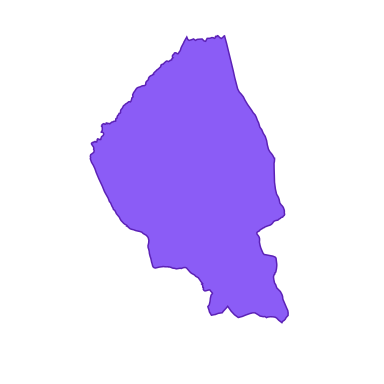 outline of Urambo, Tabora, United Republic of Tanzania, rotated 164°
{"feature_id": "72390352B58709749757029", "entity_name": "Urambo", "entity_type": "district", "adm_level": 2, "iso_a3": "TZA", "parent_name": "United Republic of Tanzania", "parent_adm1": "Tabora", "projection": "orthographic", "projection_center": [32.184, -5.233], "detail": "fine", "context": "isolated", "style": "filled", "palette": "violet", "viewbox_px": 384, "rotation_deg": 164, "n_neighbors": 0, "source": "geoboundaries", "source_scale": "gbopen_adm2", "svg_char_len": 5947}
<svg xmlns="http://www.w3.org/2000/svg" viewBox="0 0 384 384"><g transform="rotate(164 192 192)"><path d="M154.3,342.4L155.0,341.7L155.7,341.1L158.5,338.3L158.7,337.9L161.8,334.7L162.9,333.4L164.2,331.3L164.8,330.8L165.5,330.3L166.3,329.5L167.4,328.7L168.2,329.1L168.6,329.8L169.5,330.4L170.5,330.5L171.4,329.6L172.6,329.0L173.3,328.3L173.6,327.1L173.7,326.0L174.2,325.8L174.4,325.8L174.2,325.8L175.1,325.2L175.1,324.7L176.1,324.5L176.8,324.5L177.5,324.1L178.7,323.9L179.4,324.5L180.5,324.9L182.5,324.0L183.6,323.4L184.3,322.9L185.4,323.0L186.2,322.8L186.5,322.8L187.1,322.0L187.0,321.9L187.5,321.3L187.6,321.2L187.7,320.9L188.5,320.6L189.4,320.1L190.7,319.5L191.5,319.2L192.2,319.0L192.9,318.5L195.1,317.4L196.3,316.6L196.5,315.6L197.3,315.7L198.1,315.3L198.9,315.2L199.7,315.1L200.8,314.7L201.7,314.1L202.5,313.3L202.6,312.5L203.4,311.8L204.4,311.3L205.3,310.8L205.9,310.3L206.5,309.3L206.9,308.0L207.8,307.5L208.6,307.4L209.9,307.7L211.5,307.7L212.3,307.4L213.4,307.4L214.8,307.4L216.0,307.2L216.9,306.7L218.0,305.9L218.7,305.1L219.4,304.7L221.1,303.2L221.5,302.6L222.2,301.9L222.3,301.6L222.4,300.9L222.5,299.7L223.2,299.3L223.9,299.0L224.3,298.1L225.5,296.3L226.4,295.6L226.8,295.9L227.2,296.1L227.9,296.2L228.9,295.8L229.1,295.7L230.3,295.2L231.7,294.9L232.7,294.2L233.6,294.0L234.3,293.6L234.8,293.0L235.6,292.1L236.6,291.3L237.5,290.8L238.2,289.9L238.6,288.9L238.7,288.2L239.3,287.6L240.3,287.7L240.9,287.1L241.4,286.4L242.4,286.0L243.2,285.0L243.6,283.8L244.4,283.7L245.2,283.2L245.4,282.4L245.9,281.2L247.8,281.5L248.6,281.2L249.9,281.3L252.2,280.2L253.0,280.9L254.3,280.9L254.6,281.7L255.4,282.0L256.1,281.0L257.1,281.1L257.8,282.0L258.9,281.9L260.1,281.3L260.3,280.3L260.8,280.2L260.4,278.9L261.3,275.9L262.4,275.1L262.7,274.4L261.7,274.2L261.1,273.6L260.9,273.0L260.9,272.1L261.2,271.5L262.0,270.7L262.7,270.5L263.8,270.0L263.9,269.7L264.8,268.6L265.2,267.6L265.5,267.6L266.3,267.9L267.9,269.1L268.6,268.7L268.5,268.3L268.5,267.9L268.8,267.6L269.6,267.1L269.8,266.4L270.6,266.5L270.9,267.0L271.2,267.0L271.4,267.3L271.9,267.1L272.5,267.2L273.1,266.7L273.9,267.1L275.1,266.6L275.4,266.0L274.8,263.8L274.3,262.7L274.3,261.1L274.8,260.3L274.6,258.7L275.5,257.2L277.2,256.5L279.1,255.8L279.9,254.4L280.0,252.9L280.6,252.0L280.4,248.3L279.5,244.9L278.9,241.2L278.7,237.1L277.9,230.4L276.6,222.4L276.0,216.5L275.3,213.4L274.3,209.3L274.0,205.5L273.3,204.2L272.8,200.1L272.4,198.8L272.3,196.8L271.4,195.8L270.9,193.8L270.7,192.1L268.8,187.7L268.5,185.8L268.1,184.3L268.1,184.2L267.1,182.3L266.7,181.5L266.6,181.3L266.3,180.7L265.4,179.5L264.6,178.7L263.9,178.0L263.4,176.8L263.7,176.8L263.2,176.3L262.5,175.0L261.5,173.6L260.0,172.6L258.5,171.8L256.7,170.4L255.2,169.6L253.0,168.4L251.3,167.2L250.4,165.6L247.8,162.9L246.7,160.4L246.8,157.4L247.7,155.0L249.1,152.5L249.5,150.7L249.4,148.8L249.5,146.7L249.9,144.7L250.0,141.8L249.9,139.4L250.2,135.2L250.1,134.4L250.2,131.8L250.0,130.7L249.2,129.6L248.1,129.0L245.9,128.9L243.9,128.8L242.0,128.5L240.8,128.3L240.5,128.4L238.6,127.6L237.4,127.2L235.5,126.7L235.2,126.5L235.2,126.4L234.4,126.2L233.2,125.4L232.7,125.2L232.0,124.4L230.8,123.8L229.5,123.3L229.0,122.9L228.1,122.4L226.3,122.2L224.5,122.0L223.3,121.4L222.0,121.6L220.7,121.6L219.3,121.3L218.2,120.5L216.0,115.7L215.0,114.1L212.4,111.5L211.7,110.0L209.6,107.9L209.2,106.7L209.2,106.8L209.0,106.2L208.5,104.8L208.1,103.4L207.1,101.0L207.4,101.0L207.6,100.9L208.1,100.8L207.9,100.4L207.7,100.0L207.5,99.2L207.9,97.5L207.4,97.1L207.5,96.6L208.0,95.3L207.6,94.1L206.8,93.3L205.6,93.2L202.5,93.2L201.8,92.9L201.4,91.7L200.9,90.7L200.2,89.1L200.6,88.6L202.0,87.7L203.3,85.4L203.8,84.4L203.9,84.1L204.7,82.1L205.3,81.0L205.5,80.6L205.8,80.1L206.5,78.8L207.8,77.9L208.4,77.4L208.2,73.5L208.3,71.9L207.3,68.2L204.7,68.0L203.5,67.8L200.2,68.1L196.2,67.6L195.1,68.5L190.3,71.5L189.2,72.3L188.7,70.9L187.2,66.6L185.0,62.3L182.1,58.6L177.8,58.5L174.5,58.9L169.9,59.2L166.7,59.1L164.7,58.4L161.8,55.3L160.7,53.9L160.3,53.8L157.9,52.5L156.3,52.2L155.7,51.6L155.0,50.7L154.0,50.9L152.7,50.8L151.0,50.5L148.6,49.7L146.5,48.7L145.3,47.4L144.0,44.9L141.6,41.6L140.9,42.3L140.0,42.9L138.8,43.2L137.3,44.1L136.2,45.3L134.3,46.5L133.7,46.8L132.9,49.3L132.6,51.6L133.0,54.2L134.2,63.9L133.7,66.8L133.8,68.7L134.5,72.0L136.9,76.4L137.0,77.4L137.1,79.8L137.7,81.7L137.7,82.0L137.5,85.3L137.1,87.9L136.2,89.5L135.8,89.8L135.2,90.1L135.1,90.6L134.7,90.9L134.5,91.5L133.9,91.7L133.4,92.1L133.0,93.0L132.0,94.8L130.8,97.8L130.4,99.3L129.5,105.0L129.6,105.7L130.0,106.5L132.0,108.1L138.7,111.5L139.9,112.0L140.1,112.6L140.6,113.7L140.9,115.9L141.3,119.2L141.3,122.0L141.0,125.3L140.3,127.1L139.9,128.7L139.9,130.2L140.4,132.0L140.9,133.0L141.1,133.9L141.0,134.6L140.8,135.1L140.2,135.5L139.3,135.8L138.8,135.8L137.9,136.1L137.7,136.5L135.4,137.3L134.2,137.5L133.4,137.9L132.4,137.9L131.5,138.3L128.1,138.6L126.3,138.6L125.0,138.9L123.9,139.4L123.0,140.0L122.0,140.8L121.1,141.3L119.7,141.5L117.3,141.3L116.7,141.5L115.7,142.0L114.3,142.3L113.3,142.9L111.8,142.9L110.9,143.6L109.8,144.1L109.2,144.8L108.9,146.9L108.5,148.0L108.3,149.1L108.4,150.3L108.4,151.3L108.6,152.4L109.2,154.0L109.8,155.0L110.6,157.3L110.3,160.7L110.4,162.9L111.3,166.7L111.0,171.9L110.0,178.6L108.2,185.6L106.5,192.3L105.2,197.0L104.3,198.8L103.6,200.7L103.4,201.5L103.6,201.5L104.3,204.9L104.9,206.6L106.1,209.3L106.7,212.0L106.6,216.5L106.1,220.9L106.3,225.3L107.3,228.7L107.8,232.8L108.9,235.5L108.9,240.2L109.4,242.9L109.6,246.1L110.1,248.8L111.4,251.4L112.0,253.7L114.5,260.9L115.1,263.2L115.8,265.9L116.4,269.3L117.7,272.5L119.0,275.0L119.7,278.5L119.4,290.4L119.0,296.3L118.7,303.1L118.2,315.7L117.8,325.2L117.7,333.1L118.5,333.0L119.8,332.1L121.6,331.5L122.9,333.0L123.8,334.8L124.6,335.3L125.4,334.5L126.4,335.1L126.7,334.8L127.2,333.8L128.2,333.5L129.1,334.5L130.5,335.0L132.2,334.8L135.1,335.5L137.4,333.1L138.7,333.8L140.1,336.3L144.9,337.3L146.9,336.8L148.3,338.7L150.5,338.5L153.0,338.5L154.0,339.8L154.3,342.4Z" fill="#8b5cf6" stroke="#5b21b6" stroke-width="1.5"/></g></svg>